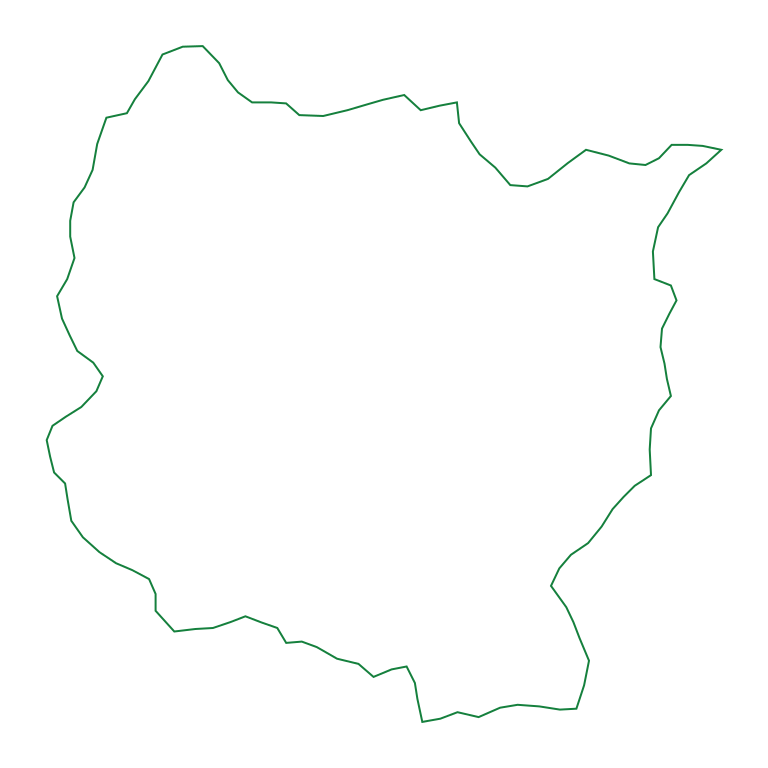 Santa Efigênia de Minas, Minas Gerais, Brazil (Albers equal-area conic projection)
{"feature_id": "56859067B31006487845376", "entity_name": "Santa Efigênia de Minas", "entity_type": "district", "adm_level": 2, "iso_a3": "BRA", "parent_name": "Brazil", "parent_adm1": "Minas Gerais", "projection": "albers", "projection_center": [-42.4, -18.864], "detail": "fine", "context": "isolated", "style": "outline", "palette": "green", "viewbox_px": 768, "rotation_deg": 0, "n_neighbors": 0, "source": "geoboundaries", "source_scale": "gbopen_adm2", "svg_char_len": 1640}
<svg xmlns="http://www.w3.org/2000/svg" viewBox="0 0 768 768"><path d="M576.4,708.7L584.1,685.3L589.0,660.7L579.5,638.0L573.4,622.1L566.3,607.2L551.0,585.9L559.3,568.4L570.9,554.8L588.1,543.1L601.6,526.6L612.6,509.1L623.7,496.8L634.7,485.8L651.0,475.1L649.7,449.5L651.0,428.4L659.0,410.3L670.9,396.0L666.9,378.9L664.5,363.6L660.5,347.1L662.0,328.6L669.4,313.7L676.5,300.4L670.9,285.5L654.4,279.1L652.9,251.5L658.1,227.2L667.6,213.3L679.0,192.2L689.1,175.1L706.3,163.4L721.3,149.8L702.6,145.9L688.2,144.9L671.6,144.9L659.0,158.2L645.5,165.0L629.3,163.4L608.7,155.6L586.0,149.8L567.9,163.0L548.0,178.9L527.5,186.4L510.3,185.1L495.3,167.6L479.6,154.3L471.0,141.6L459.1,123.2L456.9,102.4L439.5,105.7L420.7,110.2L404.2,95.0L383.0,99.8L367.1,104.4L347.4,110.2L323.2,116.0L299.3,115.1L286.1,103.4L271.1,102.4L252.1,102.4L238.0,92.4L227.8,80.1L219.2,63.2L202.7,46.1L182.7,46.7L162.5,54.5L148.4,81.1L134.9,99.2L126.9,113.2L106.4,117.7L97.2,144.0L92.6,169.9L84.6,187.4L73.6,202.3L70.2,220.8L70.2,236.6L74.5,258.0L67.2,279.1L57.1,296.2L62.0,318.6L69.7,335.4L77.3,351.0L93.3,362.7L102.8,376.3L96.4,391.2L81.3,407.0L65.7,416.8L52.5,425.8L46.7,440.1L50.1,456.6L54.1,472.5L65.1,483.5L67.6,499.4L71.3,520.8L82.9,537.3L99.5,552.2L116.0,563.2L132.0,570.0L149.1,579.1L155.6,594.0L155.6,610.8L174.3,631.5L195.4,629.0L212.9,628.0L230.4,622.1L245.4,616.3L261.6,622.5L277.3,628.0L286.2,642.9L301.8,641.6L316.8,647.1L337.0,658.7L358.5,663.9L373.5,676.9L391.6,669.4L406.6,666.5L414.9,683.0L417.4,698.9L422.3,721.9L440.3,718.7L457.5,712.2L478.6,717.1L500.1,707.7L517.6,704.8L539.3,706.4L559.9,709.6L576.4,708.7Z" fill="none" stroke="#15803d" stroke-width="2"/></svg>